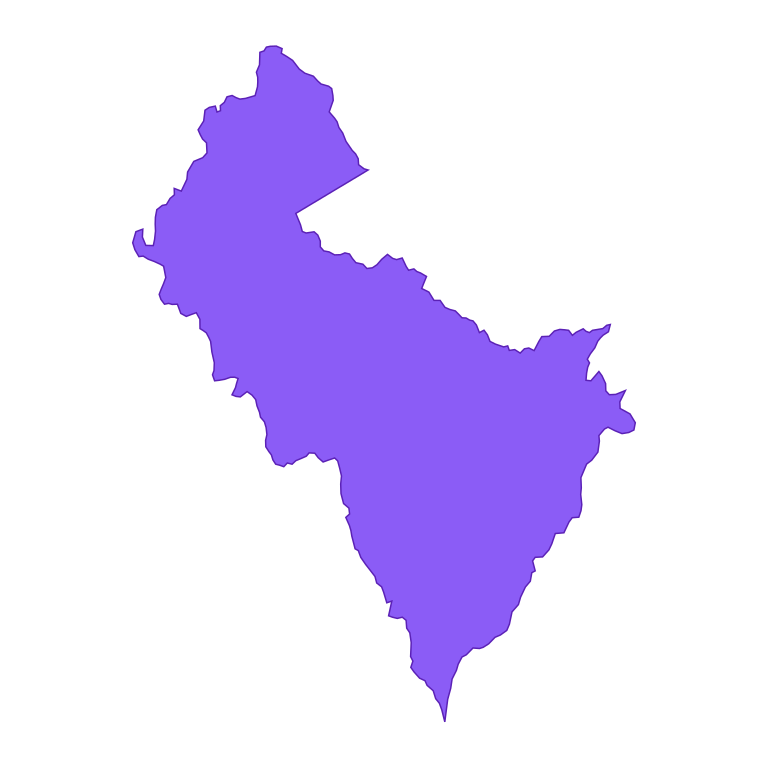 Trombas, Goiás, Brazil (Equal Earth projection)
{"feature_id": "56859067B26848935724930", "entity_name": "Trombas", "entity_type": "district", "adm_level": 2, "iso_a3": "BRA", "parent_name": "Brazil", "parent_adm1": "Goiás", "projection": "equal_earth", "projection_center": [-48.759, -13.427], "detail": "fine", "context": "isolated", "style": "filled", "palette": "violet", "viewbox_px": 768, "rotation_deg": 0, "n_neighbors": 0, "source": "geoboundaries", "source_scale": "gbopen_adm2", "svg_char_len": 4148}
<svg xmlns="http://www.w3.org/2000/svg" viewBox="0 0 768 768"><path d="M444.8,721.9L447.7,699.3L450.7,688.3L452.1,679.0L456.4,670.4L458.2,664.2L462.0,657.0L466.3,654.8L473.0,648.0L479.5,648.5L483.2,647.3L488.7,643.8L495.0,637.3L500.4,635.0L506.8,630.4L509.4,624.2L512.0,611.9L518.4,604.6L520.6,597.1L525.4,587.0L530.3,581.2L531.8,572.7L535.2,570.9L532.6,560.9L535.2,557.3L542.6,556.9L548.9,549.9L551.8,543.8L555.3,533.5L563.9,532.8L569.0,522.0L572.2,517.7L578.8,517.2L581.0,510.7L581.8,504.7L580.7,494.4L581.3,487.8L580.9,477.6L586.6,464.1L591.7,460.2L597.9,452.1L599.4,441.1L598.9,435.6L604.5,429.0L608.0,427.2L615.1,430.8L622.0,433.6L628.8,432.5L633.9,430.0L635.3,422.7L630.0,413.9L620.1,408.5L619.8,401.9L625.4,390.5L615.8,394.4L609.3,394.7L605.8,390.8L605.6,383.6L602.0,375.8L598.9,371.5L590.9,380.8L586.0,380.3L586.6,373.0L587.7,367.2L589.5,362.9L587.3,359.2L590.3,353.9L594.8,347.9L597.7,341.3L600.4,337.9L603.2,335.1L608.4,331.8L610.3,324.5L606.7,325.3L602.8,328.6L592.5,330.3L589.4,332.6L586.0,331.3L583.2,328.8L576.1,332.3L572.4,335.3L568.6,330.3L564.6,329.8L559.8,329.4L554.4,331.0L549.2,336.3L541.8,336.6L538.9,341.4L534.1,350.6L528.8,348.0L524.4,348.8L520.2,353.1L514.7,349.6L509.3,350.4L507.7,345.9L503.7,346.9L495.4,344.1L490.0,341.4L487.4,334.8L484.0,330.2L479.4,332.6L476.4,325.0L473.0,320.9L469.7,320.1L466.1,318.0L462.0,317.8L458.6,314.2L455.3,310.9L449.9,309.5L445.0,307.4L440.1,300.4L434.0,300.4L428.9,292.1L421.7,288.5L423.4,284.1L426.5,276.5L420.6,273.0L416.8,271.5L413.9,268.9L408.6,270.2L406.2,266.5L402.2,258.0L396.6,259.6L392.7,258.4L387.5,254.4L381.7,259.3L377.0,264.7L372.4,267.8L366.9,268.5L362.9,264.2L355.9,262.7L352.4,258.5L349.5,254.0L344.9,252.9L340.6,254.7L334.6,254.9L329.1,251.9L323.8,250.9L320.3,246.9L320.3,241.1L317.8,235.1L314.1,231.8L306.1,233.0L302.3,231.5L300.5,224.8L295.8,213.4L368.1,170.0L364.0,168.8L358.6,164.7L358.2,158.7L355.6,153.9L352.2,150.4L346.0,141.4L342.7,133.0L338.9,127.5L337.1,121.8L334.6,118.2L329.2,111.9L333.2,100.4L332.9,95.6L331.7,88.6L328.6,86.2L321.0,84.0L317.4,80.7L313.4,76.2L304.8,73.2L299.2,69.0L292.6,60.4L286.6,56.4L281.3,53.3L282.1,48.6L276.3,46.1L270.2,46.3L266.4,47.1L264.0,50.9L259.9,52.3L259.5,64.9L256.4,72.2L257.7,77.2L257.8,82.0L257.5,86.8L255.1,95.6L245.5,98.4L239.9,99.1L236.0,97.6L232.1,95.5L227.0,96.8L224.3,102.4L220.3,105.6L220.5,110.7L217.0,112.0L215.3,106.1L209.3,107.4L205.0,110.2L203.7,121.0L198.1,129.8L200.3,134.8L202.6,139.1L206.5,142.8L207.0,152.9L202.7,157.7L193.8,161.4L187.6,172.0L186.9,179.3L181.3,191.1L174.2,188.4L174.4,194.8L170.1,198.4L166.4,204.6L162.3,205.4L156.8,209.7L155.4,217.3L155.2,224.0L155.5,231.1L154.6,239.4L153.3,245.6L145.8,245.4L142.4,237.1L142.8,229.1L135.9,231.7L132.7,242.8L134.9,249.7L138.9,256.6L143.2,256.1L148.2,259.2L154.1,261.4L160.2,264.2L163.6,266.2L164.6,271.3L165.8,277.6L163.5,283.8L161.1,289.4L159.2,294.4L160.9,299.4L164.5,304.2L168.6,303.4L172.1,304.4L177.4,304.2L180.8,313.4L186.3,316.4L191.8,314.3L196.3,312.7L199.9,319.3L200.0,328.6L203.1,330.5L206.3,332.8L208.6,337.1L210.6,341.4L211.9,352.0L214.3,362.7L214.0,370.5L212.5,374.8L214.6,380.8L219.1,380.3L224.7,379.3L230.4,377.3L234.6,377.2L238.1,378.5L236.6,383.3L235.5,387.6L232.0,394.8L236.0,396.4L240.3,396.9L247.1,391.6L252.0,395.1L255.7,399.6L257.0,405.9L259.5,412.3L260.5,417.2L264.4,421.8L266.1,427.5L266.9,434.6L265.6,440.4L265.8,446.8L268.9,451.6L271.4,454.9L272.9,459.9L275.7,464.2L279.6,465.2L283.8,466.7L287.3,463.0L292.1,464.2L295.8,460.7L301.1,458.5L306.3,456.2L309.1,452.9L314.8,453.2L318.2,457.7L323.1,462.0L328.9,459.9L334.7,458.0L337.7,460.9L339.7,468.3L341.5,476.0L340.7,484.0L341.0,493.6L343.6,503.6L348.9,508.1L349.6,514.0L345.8,517.4L349.4,525.5L350.9,530.5L351.8,536.0L355.1,548.8L358.3,550.6L360.8,557.4L365.7,564.5L370.3,570.4L375.0,576.5L376.7,583.0L381.6,586.8L383.6,592.1L386.8,602.8L391.8,601.1L389.9,609.9L388.6,615.8L392.4,617.2L397.3,618.4L402.3,617.2L406.1,620.3L406.7,628.2L409.8,632.8L411.2,642.5L411.0,647.8L410.6,656.6L412.9,661.1L410.8,667.4L414.0,671.9L419.6,678.2L425.0,680.7L427.1,685.4L433.2,690.7L435.7,698.7L439.4,703.3L441.8,709.9L443.1,715.1L444.8,721.9Z" fill="#8b5cf6" stroke="#5b21b6" stroke-width="1.5"/></svg>